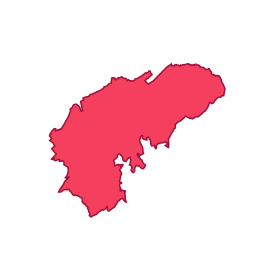 outline of Huedin, Salaj, Romania, rotated 124°
{"feature_id": "2599482B73354521931704", "entity_name": "Huedin", "entity_type": "district", "adm_level": 2, "iso_a3": "ROU", "parent_name": "Romania", "parent_adm1": "Salaj", "projection": "robinson", "projection_center": [23.004, 46.877], "detail": "fine", "context": "isolated", "style": "filled", "palette": "rose", "viewbox_px": 256, "rotation_deg": 124, "n_neighbors": 0, "source": "geoboundaries", "source_scale": "gbopen_adm2", "svg_char_len": 5811}
<svg xmlns="http://www.w3.org/2000/svg" viewBox="0 0 256 256"><g transform="rotate(124 128 128)"><path d="M169.6,188.5L170.2,188.9L173.1,189.3L176.5,189.2L176.2,188.6L178.5,188.7L179.3,185.5L182.1,186.0L182.3,183.7L182.1,182.2L183.5,179.6L183.7,178.7L184.0,178.5L185.2,179.1L187.9,179.6L189.2,175.5L189.6,172.9L196.5,174.0L196.5,173.4L195.9,173.0L195.9,172.3L194.9,172.3L195.8,171.7L195.8,170.2L195.0,169.3L193.1,168.2L192.5,167.1L194.0,166.3L192.6,164.5L191.7,164.1L191.6,163.8L191.9,162.5L192.5,161.6L194.3,160.6L194.1,155.5L195.2,154.9L197.1,153.5L199.7,152.4L202.6,151.9L204.3,152.1L203.9,151.0L202.4,150.9L201.9,149.4L204.6,150.1L207.5,150.3L207.6,150.6L211.7,149.9L217.4,150.2L219.9,149.7L218.6,148.0L218.1,147.6L215.7,147.0L214.2,145.5L213.5,144.2L211.9,143.1L211.9,142.7L212.3,142.1L212.5,141.3L212.9,140.7L213.0,139.1L214.3,136.2L214.1,135.3L212.9,133.8L212.9,133.4L212.3,132.5L212.4,131.4L212.1,131.1L212.0,130.4L212.3,128.8L211.8,127.2L212.1,126.9L212.2,126.4L212.6,126.0L214.9,124.7L214.8,123.5L215.4,123.0L215.3,122.8L215.6,122.3L215.4,121.8L215.4,121.4L214.9,121.0L215.9,119.7L215.9,118.0L216.3,117.5L216.3,117.1L216.6,116.7L217.5,116.4L217.6,115.2L219.4,113.8L219.8,112.5L220.5,111.6L221.5,111.0L221.9,111.3L222.3,110.8L222.3,110.2L222.5,109.8L222.4,108.9L220.5,108.1L217.5,106.0L214.4,105.3L210.0,103.7L209.8,103.4L210.1,102.6L207.6,101.4L204.9,101.5L204.9,101.0L206.0,100.8L207.0,99.7L207.8,98.1L207.3,97.2L205.6,96.8L201.2,95.0L195.9,95.1L194.4,95.4L193.4,94.7L191.4,94.3L190.0,93.7L189.7,93.4L189.7,92.8L189.8,91.9L190.3,91.2L190.3,90.7L190.6,90.2L190.6,88.0L190.4,87.9L190.1,88.6L187.6,91.2L185.4,92.7L184.1,94.0L182.0,94.9L182.7,95.3L182.1,95.8L182.6,96.2L182.7,98.1L183.0,98.4L184.0,98.7L183.9,99.1L184.2,99.4L182.5,99.8L182.4,100.0L182.8,100.4L181.8,101.0L180.8,102.6L178.7,103.6L177.7,102.5L177.2,102.4L176.9,103.1L177.3,104.4L177.0,105.3L175.4,105.7L172.0,107.2L170.0,107.6L168.5,108.6L168.2,109.9L167.3,111.7L164.8,111.3L164.2,112.7L163.4,111.4L162.4,111.3L161.2,111.8L161.9,113.0L163.8,114.7L163.5,115.6L163.6,115.8L166.7,117.9L165.8,118.8L164.6,119.4L162.9,121.8L158.2,120.6L157.5,121.2L155.8,121.4L154.6,121.0L154.1,120.5L154.1,119.8L154.6,119.0L154.5,117.9L155.5,115.7L156.8,114.9L157.2,114.4L157.7,113.1L157.7,112.5L157.2,112.3L157.1,110.9L154.7,111.0L152.8,110.7L152.5,110.9L151.3,109.8L153.3,107.4L155.0,107.1L156.6,106.3L157.8,106.1L157.2,105.1L158.3,102.7L161.4,101.8L162.2,99.6L162.2,98.8L161.9,98.5L159.8,98.4L159.1,99.1L157.3,100.0L156.0,100.3L154.7,100.3L154.4,99.9L154.1,98.6L153.1,97.6L153.8,95.1L153.8,93.8L153.4,92.8L152.9,92.4L150.3,92.4L149.2,92.6L149.0,92.9L148.7,93.4L148.9,94.2L148.7,95.9L146.8,98.5L146.9,100.0L146.5,101.4L146.2,101.6L146.4,102.1L145.7,102.4L145.6,103.0L146.0,103.1L146.1,103.5L145.2,104.9L145.1,105.4L143.8,105.8L143.4,105.3L143.9,104.1L144.7,103.1L140.4,100.8L139.4,102.2L136.7,104.3L135.5,105.8L133.7,109.1L131.9,111.3L128.4,112.7L127.4,112.6L126.4,112.3L126.2,112.0L126.6,111.4L128.4,110.5L128.5,110.2L128.6,109.0L127.6,105.9L127.1,105.6L125.8,107.1L124.3,106.2L124.0,105.8L124.0,105.3L124.8,104.8L125.3,104.2L125.6,102.8L126.7,101.4L128.4,100.5L129.6,98.5L129.4,98.0L128.8,97.7L127.7,96.1L128.8,95.3L128.9,94.7L129.6,93.9L129.7,93.5L129.3,93.2L128.2,93.4L127.4,94.3L126.2,94.6L123.6,94.1L123.4,93.9L123.3,93.2L122.2,92.6L120.5,90.6L119.4,90.2L119.0,89.7L118.8,88.7L118.3,88.1L119.0,87.1L119.1,86.6L120.3,86.2L120.6,86.3L121.5,87.5L121.8,87.5L121.7,84.4L121.5,83.5L119.3,84.7L115.2,87.9L113.6,88.5L110.3,88.5L110.0,88.8L108.3,89.0L105.0,88.9L103.4,89.4L101.5,88.7L98.8,90.8L97.2,90.3L95.2,90.0L93.9,89.1L92.8,88.5L88.9,87.3L86.2,87.1L85.6,84.6L85.4,82.0L84.5,80.7L84.5,79.8L83.1,78.9L81.1,78.3L79.4,76.0L74.5,74.6L73.2,74.6L70.7,73.5L67.2,73.4L63.6,73.9L62.4,74.5L61.0,74.5L60.8,74.3L60.8,73.4L61.0,73.1L61.0,72.1L60.8,71.8L59.3,71.2L56.0,71.2L52.2,70.5L50.9,68.6L50.1,68.2L48.7,68.0L48.2,67.6L47.7,66.7L46.7,67.3L45.8,67.5L41.5,69.4L40.0,71.1L39.6,72.1L38.5,73.7L37.5,76.1L36.2,77.2L34.4,80.1L34.3,81.2L34.1,81.4L34.3,81.6L34.0,81.8L34.2,82.0L34.1,82.6L34.7,83.6L35.8,84.1L35.9,84.6L35.7,84.9L35.9,85.0L35.8,85.3L36.0,85.5L35.8,86.0L36.1,86.4L35.9,86.9L36.2,87.2L36.5,88.7L35.9,89.3L35.9,89.7L34.9,90.0L34.7,91.1L34.8,91.8L34.3,92.2L33.5,93.7L33.8,94.5L34.8,94.6L36.1,96.5L35.8,97.1L35.8,98.3L35.6,99.2L36.4,100.6L36.4,101.1L37.0,102.9L36.9,103.3L36.5,103.4L36.6,103.8L36.2,104.5L37.5,106.5L37.0,107.1L37.1,107.3L37.7,107.8L38.7,108.1L38.5,108.4L38.8,108.6L38.7,108.8L39.4,108.8L39.4,109.2L39.8,109.4L39.8,110.0L40.3,110.2L40.2,111.2L41.3,113.2L40.9,113.7L41.0,114.0L44.2,116.8L44.8,117.8L45.9,118.4L46.2,119.0L47.0,119.3L46.8,119.7L47.2,119.7L47.8,120.1L47.9,120.3L47.6,120.9L47.9,121.5L47.9,121.9L48.4,122.6L48.3,123.3L49.3,123.8L49.2,124.4L50.0,124.3L50.8,124.6L51.8,126.5L50.6,127.8L55.8,129.9L74.4,133.3L75.8,133.8L77.7,134.8L80.2,135.4L79.6,140.4L76.5,139.7L75.4,139.0L73.6,138.9L73.1,138.5L72.4,138.5L70.1,138.0L69.7,139.8L68.5,141.6L68.9,141.9L68.9,142.4L70.6,142.5L72.2,143.3L72.2,144.2L76.4,145.5L80.3,147.3L82.6,148.5L83.3,149.6L84.4,149.2L86.2,150.0L86.3,150.5L86.9,151.2L87.2,152.1L87.8,152.6L87.7,154.9L89.2,155.1L88.1,157.6L89.1,159.1L89.2,162.0L92.1,163.6L91.8,164.1L95.0,165.3L95.1,166.0L93.9,166.9L94.9,167.9L94.5,168.3L95.6,169.4L98.8,167.9L100.3,167.0L101.9,168.5L105.0,169.0L107.3,170.9L109.0,170.6L111.4,171.6L114.4,173.3L114.8,173.9L116.5,174.6L119.2,176.3L120.0,176.5L121.3,178.2L122.7,177.9L123.0,178.3L123.5,178.1L126.1,180.5L128.5,182.1L129.9,180.4L132.2,182.1L133.3,181.5L135.3,179.0L137.4,177.2L139.1,175.1L140.2,175.8L140.4,176.2L137.5,180.1L137.1,183.3L137.6,185.0L139.6,186.2L141.6,185.8L145.0,186.4L145.9,185.2L152.2,183.8L161.7,183.0L164.3,183.0L165.9,182.7L166.5,183.6L168.2,183.9L168.9,184.6L168.6,185.0L170.7,186.5L169.0,187.6L169.6,188.5Z" fill="#f43f5e" stroke="#9f1239" stroke-width="1.5"/></g></svg>